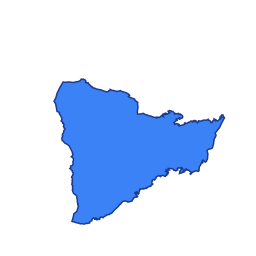 outline of Bethlehem, West Bank, Palestine, rotated 154°
{"feature_id": "87354302B24436251599031", "entity_name": "Bethlehem", "entity_type": "district", "adm_level": 2, "iso_a3": "PSE", "parent_name": "Palestine", "parent_adm1": "West Bank", "projection": "mercator", "projection_center": [35.239, 31.604], "detail": "fine", "context": "isolated", "style": "filled", "palette": "blue", "viewbox_px": 256, "rotation_deg": 154, "n_neighbors": 0, "source": "geoboundaries", "source_scale": "gbopen_adm2", "svg_char_len": 5715}
<svg xmlns="http://www.w3.org/2000/svg" viewBox="0 0 256 256"><g transform="rotate(154 128 128)"><path d="M121.1,71.6L120.1,70.1L119.6,70.6L119.4,70.3L117.7,70.5L115.9,68.2L115.5,68.2L115.2,68.8L114.7,68.9L114.4,68.6L113.7,68.7L113.6,69.5L113.0,69.2L112.4,69.3L112.5,70.1L111.6,69.9L111.1,70.4L111.4,71.0L110.9,71.0L112.3,71.6L113.0,72.3L112.5,72.3L112.0,71.6L112.2,72.7L111.4,71.9L111.4,72.7L110.9,71.9L110.5,72.7L109.4,72.2L109.9,73.8L109.6,74.1L109.1,73.6L107.1,72.7L105.3,71.2L105.3,69.9L104.5,69.6L103.8,68.4L103.0,68.9L102.7,68.7L101.6,68.5L101.4,70.0L100.7,69.8L100.3,70.2L99.4,69.9L98.7,68.8L97.4,69.0L97.5,68.4L96.7,68.1L96.6,67.9L100.2,66.6L101.7,64.5L97.8,64.0L97.2,64.4L97.5,64.6L96.5,65.8L95.8,65.5L95.9,64.3L95.3,64.8L95.4,65.4L94.7,65.4L94.2,65.7L94.0,65.3L93.5,65.5L93.5,64.2L92.4,63.9L91.7,63.1L91.7,62.5L90.9,61.3L90.7,60.1L91.1,60.0L91.1,59.7L91.9,59.9L92.2,59.5L92.2,59.1L91.1,59.2L89.9,59.9L87.1,59.9L85.3,59.6L83.9,58.2L83.0,58.4L80.9,61.9L79.3,62.7L76.9,64.7L76.4,63.9L76.1,63.9L75.7,64.4L75.9,64.6L75.9,65.7L75.3,66.1L74.5,66.2L74.5,65.7L73.9,64.6L73.8,63.9L73.2,63.4L72.2,63.7L70.1,65.4L67.4,70.0L67.1,72.7L66.2,73.4L64.9,73.6L61.8,72.9L61.0,73.1L58.3,76.0L55.5,80.1L52.3,82.5L51.9,83.7L52.1,85.1L45.3,88.4L41.9,91.2L36.8,94.9L36.7,95.3L37.5,96.2L36.9,98.0L38.1,98.7L39.2,98.0L39.6,96.9L39.3,96.3L40.4,96.4L40.7,97.1L41.2,96.3L41.3,95.4L42.2,95.7L43.8,95.0L44.7,95.3L45.2,96.1L46.1,96.0L46.3,96.9L45.6,97.0L46.6,98.5L47.6,97.3L49.1,97.1L49.5,96.8L49.5,96.3L51.0,96.3L51.2,96.9L51.2,98.6L51.3,99.0L52.4,99.8L52.2,100.7L54.0,100.6L56.7,102.0L59.4,102.2L61.3,103.4L61.3,102.9L63.2,102.4L63.0,103.0L63.7,103.4L63.7,104.2L64.0,105.0L64.3,105.2L64.9,104.3L65.6,104.8L65.6,105.8L66.5,105.8L66.7,105.5L67.2,105.8L67.4,105.3L68.3,106.7L70.3,106.3L70.7,106.6L71.7,106.4L74.8,106.7L74.4,107.5L74.7,107.7L75.2,107.6L75.4,106.7L76.3,106.5L81.0,107.4L81.5,108.3L80.5,108.5L80.6,108.9L82.0,110.4L83.2,110.9L84.4,110.8L84.4,112.8L83.1,112.9L82.4,113.4L80.6,113.3L80.9,114.9L80.5,115.0L79.2,114.2L79.5,114.6L78.9,114.4L77.9,114.5L77.9,113.3L77.6,113.2L77.2,113.4L77.1,114.3L76.5,113.4L74.9,113.2L73.9,113.9L73.7,115.4L74.2,116.5L74.7,117.1L75.1,117.2L75.1,117.8L76.0,117.8L76.1,118.5L76.6,118.9L76.5,119.1L78.0,119.3L78.7,120.1L79.8,120.1L79.5,120.7L80.0,121.4L80.4,123.1L81.6,123.9L81.6,124.3L83.1,125.5L84.6,125.5L84.4,124.6L84.6,124.1L84.0,123.4L86.1,123.3L87.5,123.6L87.1,123.8L87.0,124.2L87.6,124.8L88.9,125.0L88.8,124.4L89.3,124.0L89.9,124.1L90.5,124.6L90.4,125.0L90.9,125.1L91.3,124.8L91.2,122.7L92.8,124.3L94.3,124.0L94.9,123.6L97.1,125.0L97.3,124.5L97.8,124.7L97.8,124.9L98.3,124.7L98.5,125.4L100.2,126.4L102.2,128.7L104.6,130.3L104.5,130.6L104.6,131.0L106.2,132.1L108.0,134.6L110.3,134.9L113.2,136.2L112.8,138.0L109.8,142.6L108.9,145.3L108.0,146.8L109.0,148.7L109.6,149.3L109.3,150.8L109.4,151.1L109.9,151.4L110.1,152.1L111.2,152.7L111.5,153.4L112.2,153.8L112.8,155.0L113.2,155.0L113.7,155.6L113.8,156.4L112.2,156.8L112.8,158.5L114.3,160.6L117.8,163.9L118.6,165.1L119.8,165.0L120.9,165.6L121.6,165.5L122.3,165.8L122.5,166.4L123.7,167.0L124.0,167.7L125.9,168.9L127.1,170.5L127.5,170.0L129.1,169.9L129.7,169.4L131.2,169.8L132.8,171.1L135.5,174.0L139.2,176.8L140.6,178.6L141.6,179.0L141.8,180.1L142.3,180.2L142.4,180.4L142.4,181.3L143.1,181.7L143.1,182.6L143.9,184.3L143.9,185.3L144.1,186.2L144.8,186.2L145.1,186.7L146.2,187.3L146.2,187.7L145.5,188.0L145.6,188.7L145.3,189.3L145.7,190.3L146.0,190.4L146.7,191.6L147.9,191.8L148.5,192.4L150.6,191.4L152.6,191.7L155.3,192.5L156.8,192.6L160.8,195.2L164.8,196.8L166.2,197.8L171.1,194.5L176.4,190.4L179.7,186.7L182.8,184.4L182.4,181.5L184.5,174.0L182.8,172.0L183.5,171.1L183.2,169.1L183.2,165.7L183.6,164.7L185.0,163.7L184.8,162.8L184.4,162.3L184.0,161.2L184.6,160.7L184.0,159.9L184.2,159.0L185.3,157.8L185.2,156.6L185.5,156.2L185.0,155.6L184.9,155.1L185.2,154.5L186.9,153.7L188.0,152.0L189.2,151.4L190.1,150.5L190.3,149.4L192.0,147.8L192.6,145.7L191.8,144.2L191.7,143.0L191.2,141.8L189.9,140.2L188.7,137.7L188.6,131.5L189.1,128.5L189.9,127.5L191.6,127.0L190.7,125.5L190.5,124.5L191.3,122.7L192.5,121.7L192.8,120.1L194.1,118.9L195.0,118.8L196.1,119.0L197.1,117.4L198.0,117.0L197.6,116.6L197.4,115.4L196.7,114.2L197.2,113.2L196.9,111.4L197.2,110.8L198.1,110.4L198.5,109.5L199.8,109.1L200.2,108.4L200.2,106.8L200.9,105.6L201.3,105.4L201.3,104.3L202.1,103.7L202.2,102.9L203.2,102.2L203.1,101.5L203.3,101.1L203.0,100.6L203.0,100.0L203.9,99.2L204.2,97.6L205.2,96.8L205.6,93.6L205.0,91.7L204.2,90.8L203.9,88.9L204.5,87.8L205.5,84.5L206.0,83.8L206.2,83.0L206.3,81.4L206.8,81.2L206.9,79.4L210.5,75.5L214.3,74.6L215.6,72.8L219.3,68.6L212.7,62.7L210.9,62.0L210.1,61.2L208.7,60.6L207.9,60.9L206.6,60.1L204.1,59.5L203.6,60.5L201.1,60.5L200.6,61.2L200.5,61.8L198.3,62.3L197.9,61.9L198.0,60.7L197.4,60.3L196.6,61.1L196.2,61.0L195.9,60.5L196.3,59.6L196.3,59.2L196.0,59.1L195.3,59.6L194.1,58.4L193.2,58.6L193.0,59.5L192.2,59.6L191.8,60.0L190.9,59.6L189.7,58.3L188.3,58.9L186.8,58.8L185.1,59.2L182.5,58.4L181.3,58.8L179.9,58.6L176.2,60.2L170.9,61.8L169.0,62.9L168.1,62.8L166.9,63.6L166.7,63.5L165.3,64.2L164.2,64.2L162.0,63.3L161.5,62.9L160.8,61.7L160.0,61.3L156.6,60.6L153.8,62.4L152.2,62.8L149.9,61.9L149.5,62.1L149.5,62.8L150.1,64.5L149.8,64.7L150.1,65.6L149.0,65.5L150.6,67.1L149.5,66.7L148.1,66.7L148.3,66.3L148.1,65.8L148.2,65.3L147.9,64.1L147.5,64.5L147.2,64.4L147.0,64.8L146.7,64.7L146.5,65.3L144.2,67.7L144.1,67.3L143.2,67.4L142.1,67.2L141.6,66.8L140.9,67.0L140.8,66.4L137.9,66.0L137.6,65.6L136.9,66.0L135.1,66.3L133.3,65.7L133.1,66.0L132.7,66.0L132.5,66.4L130.6,66.5L130.3,66.8L130.7,67.4L130.5,68.7L129.4,69.7L129.1,70.5L128.0,70.6L126.5,69.2L126.8,70.0L125.1,70.4L125.1,71.0L123.3,71.8L121.1,71.6Z" fill="#3b82f6" stroke="#1e3a8a" stroke-width="1.5"/></g></svg>